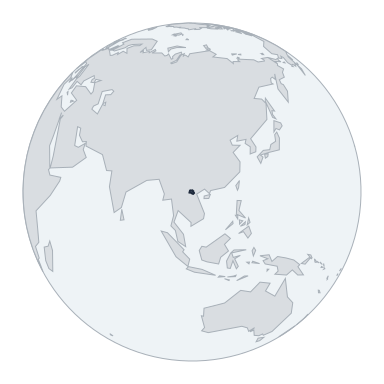 Houaphan highlighted on a globe, orthographic projection, rotated 7°
{"feature_id": "LAO-3288", "entity_name": "Houaphan", "entity_type": "Province", "adm_level": 1, "iso_a3": "LAO", "parent_name": "Laos", "parent_adm1": "", "projection": "orthographic", "projection_center": [104.1, 20.28], "detail": "fine", "context": "on_globe", "style": "filled", "palette": "slate", "viewbox_px": 384, "rotation_deg": 7, "n_neighbors": 0, "source": "natural_earth", "source_scale": "10m", "svg_char_len": 11429}
<svg xmlns="http://www.w3.org/2000/svg" viewBox="0 0 384 384"><g transform="rotate(7 192 192)"><circle cx="192" cy="192" r="169" fill="#eef3f6" stroke="#a8b0b8"/><path d="M349.5,249.6L349.2,250.6L349.1,250.8L349.5,249.6ZM269.9,42.1L267.8,41.1L269.8,44.4L276.0,48.6L270.3,45.6L285.7,56.4L290.3,62.5L281.7,53.8L278.2,51.6L279.6,54.5L276.4,53.0L275.2,53.8L271.1,51.9L266.4,47.5L263.7,46.4L264.9,48.6L261.6,48.5L260.2,45.3L254.3,45.0L245.3,38.8L245.0,33.8L236.6,30.6L227.4,26.8L224.8,26.4L219.9,25.4L232.9,28.1L245.6,31.8L257.9,36.4L269.9,42.1ZM218.7,25.2L214.9,24.6L218.7,25.2ZM211.8,24.2L211.0,24.1L212.2,24.3L211.1,24.3L208.3,24.0L207.4,23.8L208.7,23.9L207.0,23.7L211.8,24.2ZM202.3,23.4L201.7,23.3L200.5,23.3L202.3,23.4ZM348.0,127.0L347.8,126.5L348.0,127.0ZM347.8,126.8L347.7,126.7L347.4,125.9L347.8,126.8ZM281.1,52.3L280.0,50.7L282.2,52.8L281.1,52.3ZM275.7,54.2L277.1,55.2L275.9,55.2L275.7,54.2ZM268.6,52.5L266.3,52.4L267.8,51.7L268.6,52.5ZM264.4,51.9L258.7,52.3L261.3,54.4L250.8,49.2L259.1,50.3L260.6,48.9L261.8,50.7L264.4,51.9ZM213.8,24.5L212.4,24.3L216.1,24.8L213.8,24.5ZM216.5,24.9L229.6,27.5L230.3,28.1L225.8,26.9L228.8,28.2L222.7,27.2L219.7,26.2L220.4,26.0L217.5,25.9L216.5,24.9ZM245.9,46.5L243.9,46.1L245.1,45.7L245.9,46.5ZM210.9,24.3L213.5,24.7L214.3,25.1L209.3,24.6L210.6,24.6L210.9,24.3ZM232.6,29.2L232.3,29.7L227.3,28.9L226.5,29.0L222.6,27.2L232.6,29.2ZM209.1,24.4L206.7,24.4L203.8,24.0L208.4,24.1L209.1,24.4ZM216.6,25.5L216.8,25.8L215.1,25.4L216.6,25.5ZM192.3,23.3L195.4,23.3L196.1,23.5L192.3,23.3ZM206.1,24.4L207.1,24.6L207.7,24.7L205.6,24.7L206.1,24.4ZM219.4,27.0L217.4,26.6L220.7,27.6L217.1,27.3L215.2,26.3L214.5,26.6L213.4,26.6L213.1,25.8L219.4,27.0ZM205.4,25.3L201.7,24.3L195.8,24.0L195.0,23.8L204.6,24.3L205.4,25.3ZM209.9,25.6L206.9,25.3L207.5,25.0L209.8,25.0L209.9,25.6ZM215.4,27.6L221.4,28.3L221.6,28.6L215.4,27.6ZM203.5,25.2L204.5,25.5L203.1,25.3L203.5,25.2ZM211.6,26.9L213.7,27.0L213.9,27.3L211.6,26.9ZM204.6,26.1L203.4,25.7L205.0,25.6L204.6,26.1ZM207.7,26.5L207.5,26.8L206.3,25.8L208.6,26.5L207.7,26.5ZM211.5,27.1L212.3,27.3L210.6,27.0L211.5,27.1ZM199.3,26.8L197.4,25.6L200.9,25.3L202.3,26.5L199.3,26.8ZM59.1,87.6L58.1,92.1L57.1,94.4L51.9,100.7L46.6,116.5L51.2,112.4L51.8,123.5L55.6,127.4L66.4,115.0L60.2,108.4L64.4,100.7L73.6,100.4L79.8,107.1L81.6,104.4L82.2,95.3L88.1,92.4L82.9,91.9L81.6,95.4L78.3,95.4L79.3,92.3L81.3,91.2L80.7,88.4L71.1,94.9L68.8,99.1L64.5,96.2L60.2,103.2L57.5,104.8L63.6,93.7L66.5,90.7L74.1,77.8L70.7,80.6L63.3,93.2L63.6,91.3L58.9,96.1L62.7,91.1L71.7,77.4L70.8,75.6L62.1,83.9L77.1,68.1L74.9,70.6L78.8,67.2L86.3,60.6L84.5,62.6L87.1,60.5L86.4,62.1L91.9,59.5L92.1,60.9L100.7,55.8L102.0,56.1L96.5,58.9L92.9,61.9L94.2,66.4L96.3,66.0L101.8,62.6L101.4,64.6L106.6,60.7L110.5,62.3L110.0,57.4L116.4,54.0L122.3,53.1L124.3,51.3L114.8,52.9L111.1,54.4L108.0,57.0L97.8,61.5L96.0,60.9L106.4,53.5L104.9,52.3L113.6,47.7L133.9,45.0L139.1,46.6L134.3,55.8L129.4,57.0L128.7,54.1L123.4,59.8L126.7,57.8L126.4,59.8L132.5,57.7L132.6,59.0L138.2,55.0L139.0,56.3L135.4,58.9L145.1,57.7L148.4,60.3L150.6,59.5L151.9,57.8L155.3,62.7L156.7,61.9L156.2,60.0L158.6,57.2L164.3,54.5L165.2,56.4L163.3,57.6L160.5,63.2L155.2,66.6L156.2,67.2L161.0,64.7L164.3,57.7L167.5,55.6L166.6,58.8L167.2,57.4L169.0,57.0L171.7,58.4L173.0,55.0L192.2,49.6L199.2,52.4L196.3,55.4L210.6,55.3L217.4,59.5L216.9,57.5L223.4,56.8L221.3,55.4L221.5,54.5L237.3,53.3L241.7,54.9L247.9,53.2L247.6,52.3L244.7,51.0L250.8,49.2L261.3,54.4L261.4,56.0L267.9,58.7L267.2,62.2L269.6,66.8L265.0,69.9L267.3,73.6L269.6,74.3L274.5,80.3L276.6,91.1L264.8,79.3L259.7,64.7L260.9,70.1L257.6,68.2L256.2,69.8L257.3,74.0L259.3,74.9L245.6,79.8L242.3,91.6L249.8,91.3L254.7,95.2L257.5,110.9L243.7,132.0L250.0,139.5L250.4,144.3L245.1,147.2L244.3,140.0L238.8,137.3L239.2,133.2L230.3,136.1L230.5,130.3L223.5,135.9L226.3,140.6L234.0,139.8L228.0,147.7L236.0,156.2L237.0,166.2L223.8,183.5L210.3,188.3L209.5,191.5L204.1,187.6L196.9,193.5L207.0,211.9L206.7,217.1L195.1,226.2L194.8,222.4L180.5,212.1L177.8,224.1L188.7,235.0L192.4,247.0L184.0,242.8L180.2,232.2L175.2,228.2L176.6,217.7L172.5,201.5L164.0,203.7L164.8,197.3L157.8,183.4L145.7,186.0L126.5,200.1L123.8,216.0L117.2,221.9L109.4,196.8L109.9,180.8L104.6,181.1L98.6,165.8L81.2,159.3L81.0,154.8L77.2,155.5L73.4,149.4L73.8,142.2L70.5,141.1L69.9,160.2L73.7,161.5L80.0,156.8L78.9,163.2L82.8,170.6L70.5,181.9L48.3,185.4L49.9,173.1L52.4,135.6L54.4,132.5L54.6,132.1L54.8,131.3L51.2,136.0L52.9,129.1L47.5,153.6L45.0,163.4L48.0,185.9L46.8,187.2L48.9,192.5L60.0,193.5L59.3,197.3L51.7,212.7L39.5,229.7L43.3,247.2L46.1,260.6L43.3,265.1L48.4,276.2L47.6,277.5L50.8,283.4L53.0,287.7L53.8,289.2L47.2,279.1L41.4,268.7L36.4,257.8L32.1,246.6L28.6,235.1L26.0,223.4L24.2,211.5L23.2,199.5L23.1,187.5L23.8,175.5L25.4,163.7L27.9,151.9L31.1,140.4L35.2,129.1L40.1,118.1L45.7,107.5L52.1,97.3L59.1,87.6ZM82.5,122.0L88.6,126.1L92.5,116.0L95.2,116.9L95.5,113.4L92.7,115.3L94.4,106.1L99.5,105.3L102.1,101.5L100.2,100.1L90.6,103.2L88.1,116.0L83.8,118.7L82.5,122.0ZM102.2,49.6L99.8,51.4L96.9,53.1L96.6,52.6L100.9,50.1L102.2,49.6ZM97.0,53.7L107.4,47.3L107.9,47.7L105.9,48.5L105.2,49.4L101.7,50.9L92.1,58.2L88.9,60.3L90.2,57.6L91.5,57.1L93.8,55.2L97.0,53.7ZM132.9,34.2L137.3,32.6L132.7,35.5L129.1,36.8L128.6,36.0L132.7,34.2L132.9,34.2ZM193.7,23.0L195.1,23.1L204.5,23.5L204.7,23.8L202.4,23.8L200.1,23.7L200.7,23.5L197.3,23.6L196.4,23.2L193.7,23.3L183.7,23.2L193.7,23.0ZM167.5,24.8L170.7,24.4L171.6,24.4L168.7,24.8L173.8,24.3L173.7,24.4L179.4,24.6L186.8,24.2L189.0,24.4L186.1,24.7L190.4,24.8L186.5,25.6L188.0,25.9L185.7,27.2L179.2,27.9L181.4,28.3L179.8,29.6L174.5,30.5L176.1,29.3L169.1,31.4L168.1,30.2L167.4,30.6L164.6,30.2L159.9,30.5L160.3,29.9L158.3,30.3L156.4,30.2L153.9,30.7L153.6,29.9L150.4,30.5L152.1,29.8L146.7,31.1L150.6,29.9L148.5,30.0L145.8,31.1L150.7,28.2L167.5,24.8ZM198.4,27.1L190.9,27.7L186.7,27.5L192.6,25.4L191.7,25.0L195.3,24.2L201.3,24.6L199.7,24.7L199.6,25.0L197.8,24.8L199.1,25.2L197.0,25.6L197.5,26.1L194.9,26.1L198.4,27.1ZM59.1,92.9L58.9,94.1L59.3,95.1L56.4,98.3L59.1,92.9ZM65.1,83.6L65.4,83.8L61.4,88.4L61.7,87.4L65.1,83.6ZM68.9,80.4L65.7,83.5L67.5,81.2L68.9,80.4ZM97.1,59.1L97.8,59.5L96.6,60.4L94.7,61.3L97.1,59.1ZM153.5,38.4L155.1,37.3L156.1,37.3L161.7,35.4L162.8,36.4L159.9,37.9L153.5,38.4ZM63.4,116.2L60.4,117.7L60.7,115.8L61.6,115.6L63.4,116.2ZM56.7,107.4L56.7,111.1L55.9,108.3L56.7,107.4ZM155.7,39.2L157.8,38.2L157.1,39.3L155.7,39.2ZM164.0,37.1L163.6,38.2L163.6,36.3L164.0,37.1ZM127.7,342.6L131.2,344.4L128.9,343.9L127.7,342.6ZM60.7,267.1L63.5,287.8L59.3,285.4L55.2,278.0L52.0,264.7L55.8,263.3L56.8,258.0L60.7,267.1ZM234.8,274.1L239.8,274.7L239.5,275.4L234.8,274.1ZM229.5,271.8L235.3,271.9L228.5,273.3L229.5,271.8ZM237.5,272.0L243.4,270.4L245.9,269.2L245.4,270.7L237.5,272.0ZM225.6,271.8L204.2,271.3L195.7,269.0L197.7,266.5L211.5,267.6L225.6,271.8ZM197.0,266.4L184.0,258.2L166.2,234.5L172.6,235.4L191.2,250.3L190.0,252.5L197.9,258.9L197.0,266.4ZM228.4,253.3L227.2,260.2L215.4,259.5L210.0,258.3L206.3,249.2L208.4,244.7L212.8,245.0L229.8,229.5L235.8,233.4L230.6,240.0L235.4,246.1L228.4,253.3ZM124.4,217.7L127.9,227.9L124.3,228.8L124.4,217.7ZM236.6,218.4L229.8,225.4L236.0,216.1L236.6,218.4ZM240.3,209.6L240.7,213.2L237.9,209.8L240.3,209.6ZM209.4,196.4L204.7,197.1L204.6,194.5L210.5,192.2L209.4,196.4ZM237.7,174.8L237.7,182.2L236.9,184.7L234.7,180.3L237.7,174.8ZM168.4,49.4L159.3,50.5L153.6,52.7L151.5,55.7L150.5,52.2L159.4,48.9L168.4,49.4ZM189.1,49.2L190.9,47.1L192.7,48.0L192.6,48.7L189.1,49.2ZM188.4,47.9L185.7,45.3L188.4,44.2L190.0,46.4L188.4,47.9ZM170.3,41.3L167.6,41.5L168.3,40.5L170.3,41.3ZM310.3,312.5L310.5,312.4L305.7,316.9L299.8,322.1L295.8,325.1L310.3,312.5ZM273.9,332.8L275.4,329.0L281.0,327.5L277.3,331.3L273.9,332.8ZM311.8,311.2L314.3,308.5L318.6,303.7L322.0,299.0L319.4,302.8L320.4,301.8L311.8,311.2ZM257.9,319.2L225.3,329.6L218.5,328.6L221.0,325.0L216.4,313.7L218.6,313.9L218.1,305.9L237.9,298.2L252.3,283.7L262.3,284.0L270.5,273.2L280.6,273.0L277.0,281.3L286.9,285.3L295.2,266.4L299.5,284.5L305.5,289.6L305.3,300.2L288.4,320.7L280.2,325.5L279.4,324.3L275.8,326.5L271.2,326.7L270.2,321.5L266.6,323.7L270.7,319.0L265.2,323.4L263.5,320.1L257.9,319.2ZM329.3,274.0L330.3,274.1L331.4,276.4L329.8,276.6L329.3,274.0ZM346.7,255.2L346.7,256.3L345.8,257.4L346.7,255.2ZM349.1,250.8L348.0,252.4L349.5,249.6L349.1,250.8ZM336.9,260.9L337.3,261.8L336.8,262.4L336.9,260.9ZM336.6,260.7L337.5,258.5L337.1,260.4L336.6,260.7ZM332.1,252.6L332.9,251.3L333.2,252.0L332.1,252.6ZM247.1,274.5L254.2,269.0L257.9,268.4L247.1,274.5ZM331.2,250.8L329.3,251.2L329.6,250.1L331.2,250.8ZM331.5,248.3L331.4,246.9L332.3,250.0L331.5,248.3ZM328.0,246.1L330.2,248.1L327.7,246.5L328.0,246.1ZM326.6,246.9L324.9,246.2L325.1,245.7L326.6,246.9ZM306.2,253.2L312.7,260.7L307.1,261.5L301.1,257.1L295.9,262.9L284.3,263.5L287.1,260.0L285.6,255.3L273.4,254.5L270.9,251.5L275.4,249.0L267.2,247.0L276.2,244.9L279.8,251.2L284.8,245.6L293.3,246.0L301.4,247.1L307.8,251.0L306.2,253.2ZM276.0,259.4L277.6,259.3L276.1,261.3L276.0,259.4ZM321.7,243.4L324.1,245.9L323.8,246.8L322.6,246.6L321.7,243.4ZM309.2,249.6L316.1,243.0L317.7,242.8L313.1,249.8L309.2,249.6ZM314.5,239.8L317.6,240.0L319.2,242.7L318.5,243.7L314.5,239.8ZM257.6,254.5L257.3,256.4L254.9,255.0L257.6,254.5ZM260.7,253.3L267.8,254.8L260.1,254.9L260.7,253.3ZM238.8,247.6L240.9,251.9L247.7,249.0L242.5,253.1L247.0,260.1L245.4,262.8L241.0,255.2L239.3,263.2L236.3,263.1L234.7,256.3L237.8,247.9L240.8,244.4L252.9,242.7L238.8,247.6ZM260.7,248.0L258.8,243.0L260.2,239.5L262.3,242.1L260.7,248.0ZM253.1,230.9L247.9,225.1L243.3,227.5L252.5,218.9L256.0,225.9L253.1,230.9ZM248.5,217.9L244.2,220.1L248.6,215.1L248.5,217.9ZM243.1,218.1L242.5,213.9L245.9,214.4L243.1,218.1ZM250.8,218.0L251.4,210.9L253.3,215.0L250.8,218.0ZM240.8,204.6L248.3,211.3L238.7,208.6L237.8,194.9L241.9,194.5L240.8,204.6ZM260.7,149.5L259.5,145.7L263.0,144.8L262.9,147.6L260.7,149.5ZM273.5,139.5L263.6,143.3L255.4,147.0L258.2,148.7L256.8,155.2L252.4,149.2L257.7,142.0L264.0,140.5L264.5,135.2L268.8,131.5L267.1,125.0L268.8,122.2L272.2,127.8L273.5,139.5ZM266.0,122.4L264.6,111.2L271.6,112.6L273.4,115.4L271.2,119.7L267.6,118.7L266.0,122.4ZM266.3,109.1L262.9,108.1L253.6,92.7L253.4,89.9L264.1,101.6L261.4,101.5L262.5,105.2L266.3,109.1ZM244.8,47.1L244.0,46.2L245.8,47.0L244.8,47.1ZM220.3,53.7L220.9,52.6L223.0,53.3L220.3,53.7ZM223.8,50.0L220.9,49.9L223.6,49.2L223.8,50.0ZM214.6,50.1L219.6,49.5L215.3,51.2L214.6,50.1Z" fill="#d9dde1" stroke="#a8b0b8" stroke-width="1"/><path d="M192.0,190.0L192.3,190.1L192.5,190.2L192.6,190.3L192.7,190.5L192.8,190.5L193.0,190.6L193.1,190.8L193.4,190.9L193.4,191.0L193.2,191.2L193.2,191.3L193.0,191.2L192.9,191.4L192.7,191.5L192.8,191.6L193.3,191.6L193.5,191.7L193.6,191.8L193.6,192.0L193.8,192.2L194.0,192.2L194.2,192.3L194.3,192.5L194.4,192.8L194.2,192.9L194.1,193.0L193.9,193.1L194.0,193.3L193.9,193.5L193.7,193.6L193.5,194.0L193.4,194.0L193.2,194.0L193.0,193.9L192.9,193.9L192.7,193.7L192.7,193.8L192.4,193.7L192.2,193.5L192.3,193.3L192.3,193.1L192.2,193.3L192.0,193.2L191.9,193.3L191.6,193.5L191.5,193.4L191.4,193.3L191.4,193.2L191.3,192.8L191.2,192.7L191.0,192.8L190.9,192.8L190.9,193.0L190.7,193.0L190.4,193.1L190.1,193.2L189.9,193.1L189.7,193.1L189.3,193.1L189.3,192.9L189.3,192.7L189.3,192.4L189.4,192.2L189.6,192.0L189.6,191.9L189.6,191.7L189.5,191.4L189.6,191.2L189.6,190.9L189.6,190.7L189.9,190.6L190.0,190.5L190.1,190.4L190.2,190.5L190.3,190.6L190.6,190.7L190.7,190.8L190.8,190.9L190.9,190.7L191.0,190.7L191.1,190.4L191.3,190.3L191.5,190.2L191.8,190.1L192.0,190.0Z" fill="#64748b" stroke="#1e293b" stroke-width="1.5"/></g></svg>